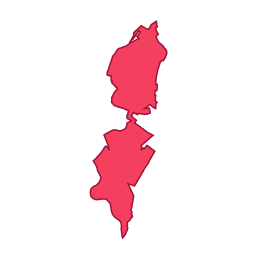 the district of Cristesti, Mures, Romania, rotated 278°
{"feature_id": "2599482B35540168956421", "entity_name": "Cristesti", "entity_type": "district", "adm_level": 2, "iso_a3": "ROU", "parent_name": "Romania", "parent_adm1": "Mures", "projection": "equal_earth", "projection_center": [24.516, 46.501], "detail": "fine", "context": "isolated", "style": "filled", "palette": "rose", "viewbox_px": 256, "rotation_deg": 278, "n_neighbors": 0, "source": "geoboundaries", "source_scale": "gbopen_adm2", "svg_char_len": 5862}
<svg xmlns="http://www.w3.org/2000/svg" viewBox="0 0 256 256"><g transform="rotate(278 128 128)"><path d="M108.7,157.8L112.3,151.4L113.5,149.2L109.6,146.8L110.3,145.9L108.2,144.4L108.4,144.2L108.6,144.1L109.4,144.3L109.7,144.3L110.6,144.0L111.0,144.1L111.5,144.1L112.4,143.9L112.7,143.8L113.6,144.6L116.8,147.3L119.2,149.5L120.0,150.2L121.0,150.9L121.8,151.8L122.7,152.4L123.4,153.1L124.2,153.9L125.1,151.4L126.2,148.5L126.8,147.1L128.4,144.3L129.4,142.7L129.9,141.4L130.7,140.1L131.4,138.7L132.1,137.4L132.9,135.8L134.0,133.9L136.8,135.3L140.0,129.9L144.0,131.0L143.1,133.9L142.5,135.6L143.8,135.9L143.9,142.3L144.0,143.5L144.2,144.3L144.8,145.8L145.5,147.2L145.9,147.8L146.1,148.0L148.8,147.0L150.2,146.6L150.6,146.4L150.6,146.1L150.5,145.3L150.4,144.5L150.2,143.9L149.5,141.6L150.0,142.0L150.3,142.6L151.4,143.8L154.3,146.4L151.9,150.2L151.1,152.2L151.3,152.8L152.5,152.5L155.1,152.4L156.3,152.2L157.2,153.2L158.2,152.3L158.6,151.8L159.2,151.0L160.3,151.1L164.3,150.9L164.2,150.0L168.7,149.7L169.0,151.4L175.3,151.0L175.1,149.3L179.7,149.0L182.2,148.9L186.8,149.2L188.4,149.3L189.5,149.3L190.4,149.6L192.6,149.9L194.7,150.2L196.3,150.6L196.6,150.2L197.9,151.0L200.1,152.7L199.5,153.4L202.2,154.8L202.8,155.1L203.3,155.2L203.9,155.3L204.7,155.5L205.8,155.8L206.3,155.9L207.0,156.0L207.8,155.9L208.5,155.8L209.2,155.6L210.2,155.2L211.0,154.6L211.3,154.3L211.1,154.1L212.6,152.6L214.5,150.8L217.0,146.7L217.4,146.4L219.2,144.9L221.0,143.8L222.4,143.0L225.2,145.0L227.5,143.0L228.3,142.5L230.2,141.8L230.9,141.3L232.3,143.0L233.2,142.6L233.9,142.3L234.2,141.9L234.5,141.8L235.0,141.7L235.5,141.9L236.0,141.8L236.5,141.6L237.6,141.0L233.9,137.0L233.6,136.7L233.3,136.5L231.5,135.9L228.6,134.6L228.7,134.1L228.8,133.7L228.7,132.7L228.8,132.3L228.9,131.9L229.2,131.4L230.1,129.5L230.3,128.3L230.4,128.1L231.0,127.4L231.2,127.0L231.1,126.7L230.5,126.3L229.7,125.7L229.0,125.1L227.1,123.6L223.5,120.6L223.0,120.3L222.8,120.3L222.3,121.1L221.6,120.8L220.0,120.5L219.2,120.3L218.6,120.1L217.3,119.5L216.0,119.1L215.6,119.0L214.9,118.5L214.7,118.5L214.5,118.4L214.7,118.7L214.9,118.9L215.2,119.1L216.1,119.5L216.6,119.8L216.8,119.9L217.0,120.1L217.2,120.3L216.8,120.6L218.1,121.4L220.7,122.7L221.9,123.2L224.4,124.4L225.7,125.2L225.3,125.9L224.7,126.7L222.9,125.9L220.7,124.8L219.8,124.1L219.5,124.5L218.8,125.5L218.4,126.0L218.1,126.5L217.8,126.1L217.2,124.8L216.6,124.0L215.7,122.9L215.0,121.9L214.3,121.0L213.9,120.3L213.6,119.1L213.4,118.9L212.5,118.1L212.0,117.8L211.5,117.4L211.2,117.2L210.8,116.8L210.1,116.0L209.4,115.3L208.8,114.5L208.5,113.8L208.0,113.0L207.8,112.4L207.4,111.6L207.1,111.3L206.7,110.7L206.3,109.9L206.1,109.6L205.8,108.5L205.6,108.0L205.1,107.4L204.7,107.1L203.9,106.6L202.9,106.0L202.0,105.6L200.2,104.9L199.6,104.5L198.8,104.0L197.5,103.2L197.0,102.9L196.4,102.8L195.5,102.6L194.4,102.5L192.7,102.2L190.8,101.7L189.6,101.5L188.8,101.3L188.0,101.2L187.6,101.1L183.8,100.6L181.1,99.8L180.5,99.7L180.2,99.7L179.0,99.8L177.7,99.9L177.6,100.0L177.2,101.6L177.1,102.2L177.1,102.6L177.3,103.5L177.5,103.9L172.3,104.8L172.4,105.3L172.4,105.6L172.2,105.7L170.5,105.7L167.4,109.8L166.9,110.2L166.4,110.7L166.8,111.0L165.2,112.4L164.3,111.6L164.1,111.4L162.6,110.2L161.6,109.6L160.7,109.2L159.3,108.8L159.2,108.8L157.6,108.3L157.4,108.2L157.0,108.0L156.2,107.7L155.8,107.7L155.5,107.8L154.9,107.8L154.3,107.8L153.4,108.0L152.2,108.2L151.9,108.2L151.3,108.0L150.1,109.3L148.1,111.5L148.1,111.8L148.3,112.5L147.7,114.4L147.5,115.0L147.5,115.5L147.3,116.9L147.0,118.9L146.6,121.3L146.1,123.0L145.6,124.5L145.2,126.2L143.1,125.9L141.5,125.7L140.6,125.4L139.6,125.1L139.1,125.2L137.9,125.6L137.1,126.1L136.2,129.4L135.9,130.1L135.4,129.8L134.4,128.5L133.6,127.4L132.8,126.4L131.4,126.5L130.5,126.4L129.0,126.2L128.4,126.0L127.9,125.8L127.4,125.5L126.9,125.3L126.7,125.1L126.4,124.8L125.8,123.9L125.7,123.6L124.9,122.6L124.6,122.1L124.4,121.8L124.3,121.2L124.1,120.7L124.0,119.5L124.3,117.0L124.3,115.6L124.1,113.8L123.9,113.5L123.3,112.5L119.1,106.7L117.8,105.2L114.3,107.2L111.0,109.1L107.7,111.1L107.4,110.8L105.7,111.5L103.3,112.6L103.7,112.3L105.0,111.6L105.5,111.2L105.8,110.9L106.2,110.6L106.5,110.1L106.8,109.4L106.8,109.2L106.9,108.8L106.8,108.3L106.8,108.2L106.3,107.9L105.5,107.5L101.7,105.7L99.7,104.7L98.1,103.6L93.2,100.3L90.5,98.2L89.0,99.5L86.5,101.5L84.1,103.0L82.1,103.5L80.6,104.4L76.8,107.2L75.1,108.1L74.2,108.1L72.9,107.7L71.1,107.3L69.4,106.5L68.0,105.4L67.1,104.8L66.1,103.3L64.8,101.4L62.7,100.0L61.2,99.6L59.8,99.6L57.9,99.9L55.9,100.5L54.5,101.6L53.4,103.0L52.7,105.2L52.7,106.9L53.0,108.7L53.7,110.7L54.3,113.4L54.4,114.6L54.4,115.9L53.8,117.2L52.5,118.9L51.2,120.3L49.3,121.4L47.2,122.1L44.5,122.8L42.4,123.7L40.9,124.3L38.3,126.7L37.2,128.6L36.2,130.5L35.3,132.3L33.7,133.9L32.0,134.7L30.4,135.1L26.6,135.4L24.0,136.2L20.5,137.0L18.4,137.9L18.8,138.2L19.5,137.7L19.9,138.0L20.1,138.1L20.0,138.9L20.5,139.4L20.9,139.6L21.4,139.9L22.1,140.0L22.4,140.1L23.0,140.5L23.2,140.4L23.4,140.4L23.6,140.4L24.4,140.7L24.7,140.7L25.1,140.8L25.4,140.9L25.8,141.1L26.1,141.4L26.4,141.4L26.5,141.3L26.9,141.4L27.2,141.5L27.4,141.6L29.1,141.6L30.5,141.0L30.9,140.9L32.2,140.9L32.9,140.8L33.2,140.7L33.6,140.5L34.0,140.3L34.3,140.3L34.6,140.7L34.9,140.8L35.2,141.0L35.4,141.2L36.0,141.9L36.6,142.5L36.9,142.7L37.5,142.9L38.2,143.0L38.7,143.1L38.9,143.2L39.3,143.7L39.8,144.2L40.2,144.4L40.6,144.7L41.1,144.7L42.0,144.2L42.4,144.1L42.8,143.8L43.2,143.5L43.3,143.4L43.8,143.4L44.8,143.6L45.4,143.6L45.9,143.3L46.3,143.0L46.7,142.4L46.9,142.3L47.7,142.3L49.5,142.7L51.1,142.8L52.0,142.3L52.2,142.7L52.6,142.7L54.9,142.9L61.3,143.1L62.1,142.7L66.0,140.2L71.5,136.6L72.9,135.7L71.5,142.5L73.9,143.5L76.7,144.6L83.6,147.5L84.5,147.8L85.4,148.1L86.1,148.5L86.5,148.6L86.9,148.8L87.0,149.0L87.2,148.8L88.8,149.5L92.1,150.9L94.7,152.4L95.5,152.8L99.7,154.1L99.9,154.3L101.6,154.9L108.7,157.8Z" fill="#f43f5e" stroke="#9f1239" stroke-width="1.5"/></g></svg>